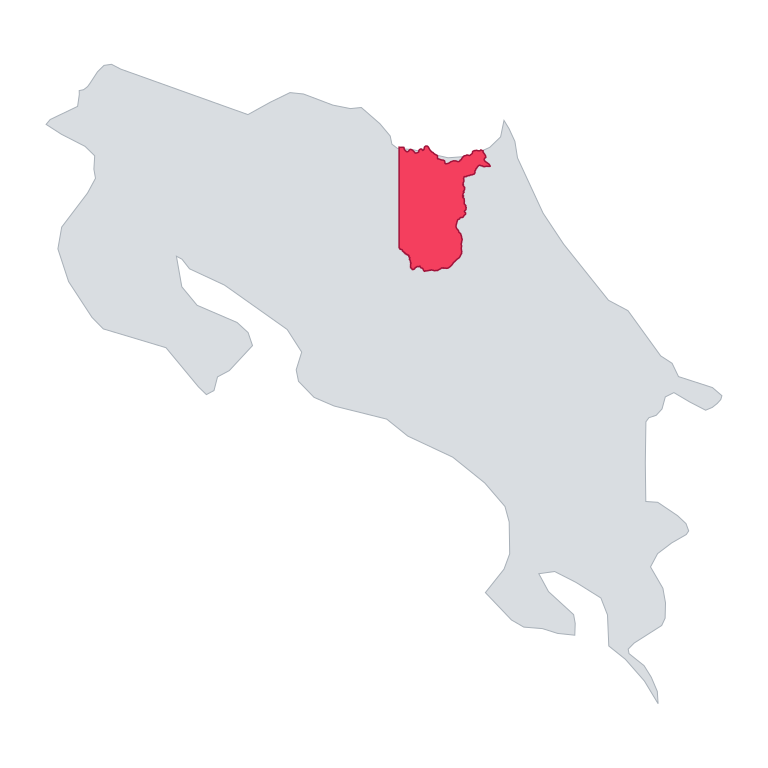 Sarapiqui, Heredia, Costa Rica (highlighted)
{"feature_id": "36466004B54791236061025", "entity_name": "Sarapiqui", "entity_type": "district", "adm_level": 2, "iso_a3": "CRI", "parent_name": "Costa Rica", "parent_adm1": "Heredia", "projection": "mercator", "projection_center": [-83.949, 10.488], "detail": "fine", "context": "in_parent", "style": "filled", "palette": "rose", "viewbox_px": 768, "rotation_deg": 0, "n_neighbors": 0, "source": "geoboundaries", "source_scale": "gbopen_adm2", "svg_char_len": 7530}
<svg xmlns="http://www.w3.org/2000/svg" viewBox="0 0 768 768"><path d="M721.9,395.7L720.8,399.5L717.3,403.4L712.3,407.4L705.6,410.2L689.6,401.9L673.9,392.6L665.3,396.9L662.0,409.0L656.2,415.3L648.9,417.7L645.9,421.8L645.3,462.8L645.8,501.5L657.7,502.3L677.6,515.7L686.0,523.6L688.7,530.9L686.3,534.5L671.7,542.9L657.6,553.6L650.5,566.9L662.9,588.3L665.5,602.9L665.1,618.2L661.7,625.5L634.2,643.0L628.2,649.1L629.0,653.6L644.1,665.7L651.3,677.3L657.3,691.4L658.1,703.7L644.4,681.0L625.4,659.3L608.8,646.0L607.5,614.9L600.9,598.0L576.0,582.4L554.6,571.5L538.8,573.7L548.5,591.6L573.6,614.6L575.2,623.4L574.8,635.2L557.6,633.4L542.4,628.6L523.8,627.1L511.5,620.0L485.4,592.6L504.0,569.2L509.7,553.8L509.2,522.0L505.0,506.5L484.8,483.0L452.8,457.2L407.8,436.1L386.7,419.1L334.1,406.0L314.1,397.4L298.5,381.3L296.2,369.8L301.7,352.1L287.2,329.5L224.5,285.1L189.5,268.8L182.0,259.2L176.4,256.2L181.8,286.8L197.1,305.3L237.1,322.5L248.1,332.6L252.5,345.6L229.3,370.6L217.5,376.9L214.0,390.5L206.4,394.6L198.4,386.8L166.0,347.7L103.3,328.9L92.0,317.4L68.6,281.6L57.9,248.9L61.7,227.1L87.5,193.1L95.5,178.3L93.9,169.2L94.7,155.8L85.1,146.4L61.3,134.2L46.1,124.4L50.2,119.5L77.6,106.4L79.3,94.5L79.2,90.6L83.6,89.7L87.6,86.6L90.0,83.3L97.5,71.8L104.0,65.4L111.5,64.3L120.7,69.1L155.1,81.4L193.4,95.1L247.9,114.6L270.5,102.1L290.0,92.6L303.5,94.0L332.8,105.1L350.4,108.6L361.3,107.5L380.0,123.8L390.2,136.0L391.9,144.2L397.6,148.5L412.2,149.5L448.0,157.8L469.8,156.2L489.7,147.4L500.6,136.9L504.0,120.4L509.0,128.6L514.9,141.4L517.5,157.9L543.1,213.2L563.6,244.1L608.5,300.3L628.0,310.7L660.7,355.9L672.1,363.3L678.5,376.6L712.5,387.6L721.9,395.7Z" fill="#d9dde1" stroke="#a8b0b8" stroke-width="1"/><path d="M449.0,267.5L449.4,267.1L450.1,266.7L452.0,264.8L453.0,263.4L453.0,263.2L453.4,262.8L453.8,262.3L454.8,261.5L455.2,261.1L455.5,260.7L456.5,259.8L457.2,259.1L459.0,257.9L459.8,256.9L461.0,254.4L461.3,253.9L461.6,253.6L461.6,252.1L461.8,251.6L461.8,251.3L461.6,251.0L461.5,250.7L461.5,249.9L461.3,249.0L461.3,248.4L461.4,247.2L461.5,246.9L461.6,246.4L461.6,245.6L461.2,244.7L461.2,243.6L461.6,242.8L461.6,241.8L461.7,241.6L462.2,239.6L462.1,239.2L462.0,238.6L461.7,238.2L461.6,236.8L461.2,235.3L460.9,234.8L460.7,233.8L459.9,233.0L459.3,232.6L458.9,232.3L458.8,231.9L458.7,231.2L458.6,230.9L458.3,230.6L457.7,229.5L457.0,229.0L456.7,228.6L456.0,226.8L456.1,225.4L456.2,224.7L456.5,224.0L456.5,223.6L456.8,222.9L456.9,222.0L457.5,220.4L457.6,220.0L457.8,219.7L458.0,219.5L458.3,219.4L459.5,219.0L459.7,218.7L459.9,218.2L460.3,217.6L460.6,217.5L462.3,217.5L463.0,217.2L463.5,216.5L464.2,215.3L465.4,214.4L465.6,214.1L465.6,212.9L464.5,211.8L464.4,211.6L464.4,211.4L464.7,210.7L465.7,209.9L466.0,209.5L466.0,208.3L466.2,207.8L466.2,207.5L466.2,207.4L465.7,206.9L465.6,206.3L465.8,205.9L465.8,205.5L465.3,205.1L465.1,204.7L464.2,203.8L464.3,202.9L464.2,202.4L464.2,202.0L464.4,201.4L464.4,200.9L464.2,200.3L464.2,199.4L464.1,198.6L463.7,198.1L463.1,197.8L463.1,197.5L462.8,197.2L463.4,196.5L463.5,196.3L463.5,195.9L462.6,195.9L462.6,195.5L463.0,194.6L462.9,194.3L463.0,193.9L463.6,192.6L463.9,192.4L463.5,192.0L463.4,191.8L463.4,191.5L463.9,191.3L463.8,190.6L464.4,190.0L464.7,188.9L464.6,188.5L464.4,188.1L464.7,187.6L464.5,187.1L463.7,186.5L463.5,185.7L463.1,185.3L462.9,184.9L462.9,184.5L463.0,184.4L463.2,184.5L463.4,184.3L463.1,183.6L463.1,183.1L463.3,182.5L463.7,181.9L463.9,181.2L463.9,180.7L463.8,179.4L463.6,179.0L463.5,178.7L463.9,177.8L463.9,177.4L464.1,176.8L464.3,176.6L466.1,176.7L466.3,176.3L466.6,176.1L467.1,176.1L467.7,175.8L468.3,175.7L468.7,175.5L469.6,175.6L470.1,175.2L470.4,174.9L471.6,174.9L472.0,174.8L472.7,174.7L473.1,174.3L474.3,174.0L474.5,173.5L474.8,173.1L475.0,172.8L474.9,171.3L475.0,170.7L475.6,170.1L475.8,169.6L475.9,169.0L476.1,168.6L476.9,167.9L477.2,167.2L477.5,166.9L478.1,166.1L479.2,165.3L480.1,165.3L480.6,165.5L481.2,165.9L481.7,165.8L482.1,165.8L482.7,166.0L483.2,166.6L484.3,166.6L484.5,166.7L485.6,166.4L486.1,166.4L486.6,166.2L487.0,166.2L487.6,166.4L489.7,166.4L490.1,166.3L490.1,165.9L489.1,164.2L487.7,163.2L487.3,162.9L486.7,162.4L486.3,162.2L485.2,161.4L484.8,161.0L484.6,160.5L484.5,160.4L484.1,159.9L484.2,159.3L484.6,158.3L485.1,157.9L485.5,157.7L485.8,157.5L485.6,155.9L484.7,154.3L483.1,152.2L483.1,151.7L483.1,150.8L482.0,150.5L480.9,149.9L480.1,150.6L479.8,150.8L478.7,150.8L477.8,150.7L477.0,150.4L476.3,150.3L474.8,150.7L474.5,150.7L474.3,150.6L474.0,150.8L473.2,151.1L472.6,151.6L472.5,152.1L472.4,153.1L472.2,153.5L471.3,154.3L470.7,154.6L470.2,155.2L469.7,155.5L469.2,155.5L468.3,155.2L467.7,155.2L467.0,154.9L466.1,155.5L464.9,155.7L464.1,155.9L463.6,156.3L463.3,156.6L462.8,157.2L462.4,157.6L461.5,159.0L461.5,159.3L461.4,159.5L461.2,159.7L460.2,160.1L459.6,161.2L458.8,161.6L457.7,161.6L456.2,161.0L455.8,160.9L454.7,160.9L453.6,160.8L453.2,160.9L452.3,161.3L451.3,161.6L451.0,161.6L449.1,163.0L448.7,163.1L448.2,163.4L447.9,163.4L446.8,163.7L445.7,163.8L445.2,163.4L444.9,163.1L444.9,162.1L444.6,161.7L444.6,161.1L444.5,160.8L444.2,160.6L443.2,160.1L442.9,160.1L441.7,160.0L440.8,159.7L439.5,159.2L438.6,158.9L437.9,158.9L437.6,158.7L437.5,158.4L437.5,156.3L437.4,155.8L437.1,155.4L435.9,154.8L435.5,154.5L434.6,154.1L434.1,153.6L433.9,153.5L433.5,153.2L433.3,152.8L433.0,152.5L432.1,152.1L431.6,151.8L431.1,151.2L430.5,150.6L430.4,150.4L429.8,149.8L428.4,147.1L427.9,146.6L427.3,146.1L425.8,146.0L425.2,146.4L424.5,147.0L424.3,147.5L424.1,149.1L423.9,149.2L423.8,149.6L423.4,150.1L423.0,150.3L422.6,150.4L422.4,150.1L422.2,149.8L422.2,149.7L421.9,149.2L421.7,149.1L421.3,149.0L420.6,149.0L420.4,149.1L419.6,149.6L419.3,149.9L419.0,150.3L418.8,150.8L418.8,151.7L418.6,152.1L418.1,152.4L416.8,152.9L415.8,153.1L415.2,153.1L414.6,152.2L414.3,152.0L413.5,151.1L412.6,150.3L411.7,149.8L411.6,149.7L410.8,149.4L410.3,149.4L409.9,149.6L408.2,151.4L407.3,151.8L407.0,151.8L406.4,151.6L406.2,151.3L405.5,150.8L404.6,149.8L404.2,148.9L404.2,148.7L404.0,148.2L404.0,147.6L403.9,147.4L403.3,147.3L401.4,147.3L401.2,147.4L399.1,147.2L399.1,247.8L399.5,248.1L400.0,248.7L400.1,249.3L400.9,249.4L401.9,249.6L401.9,249.8L402.5,250.3L402.5,250.7L402.5,251.0L402.8,251.1L403.3,251.7L403.5,251.8L403.8,252.1L404.1,252.2L404.3,252.7L404.6,252.7L405.1,253.1L405.1,253.5L405.5,253.5L406.0,254.0L406.2,254.4L406.5,254.4L406.6,254.2L406.8,254.2L407.3,254.6L407.3,254.9L407.5,255.0L407.8,255.0L408.1,255.2L408.5,255.1L408.8,255.4L409.0,256.0L408.8,256.5L409.0,257.0L409.6,257.3L409.9,257.7L409.8,258.1L409.6,258.4L409.6,258.9L409.4,259.1L409.4,259.4L409.6,259.7L410.1,260.1L410.2,260.7L410.4,260.9L410.5,262.5L410.9,262.8L410.9,263.1L411.0,263.4L410.9,263.6L410.6,263.9L410.6,265.6L410.5,266.4L410.6,266.8L410.6,267.8L411.3,268.1L411.7,268.5L412.2,269.5L412.5,269.6L413.1,269.6L413.6,269.3L414.3,269.1L414.6,268.8L414.8,268.2L415.1,268.1L415.6,267.4L416.1,267.3L416.7,267.0L416.9,266.6L417.7,266.5L418.0,266.5L418.3,266.7L418.9,266.6L419.4,266.6L419.6,266.4L419.9,266.2L420.0,266.4L419.9,266.4L420.0,266.7L421.0,267.9L421.5,268.0L422.3,268.2L422.7,268.4L423.6,270.4L424.4,271.3L425.0,271.2L425.5,270.8L426.2,270.9L427.3,270.8L428.2,270.5L428.6,270.6L428.8,270.6L429.6,270.2L430.4,270.3L430.7,270.2L431.0,269.9L431.3,269.8L431.7,269.9L432.2,270.2L433.2,270.2L433.6,270.5L434.2,270.7L435.1,270.7L435.7,270.5L437.7,270.5L437.8,270.4L437.9,270.2L439.7,269.2L440.7,268.8L441.1,268.3L441.7,267.9L442.1,267.9L442.4,268.1L442.6,268.1L443.3,267.8L443.8,268.3L444.6,268.1L445.3,268.1L445.7,268.2L446.1,268.3L446.9,268.3L448.0,268.1L449.0,267.5Z" fill="#f43f5e" stroke="#9f1239" stroke-width="1.5"/></svg>